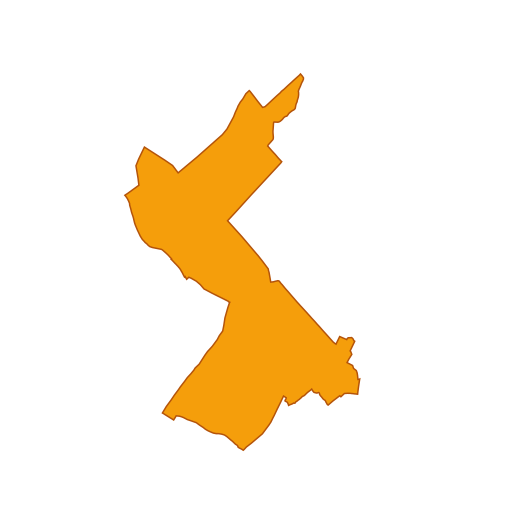 San Damián Texóloc, Tlaxcala, Mexico, rotated 21°
{"feature_id": "50627088B38103366804835", "entity_name": "San Damián Texóloc", "entity_type": "district", "adm_level": 2, "iso_a3": "MEX", "parent_name": "Mexico", "parent_adm1": "Tlaxcala", "projection": "orthographic", "projection_center": [-98.295, 19.291], "detail": "fine", "context": "isolated", "style": "filled", "palette": "amber", "viewbox_px": 512, "rotation_deg": 21, "n_neighbors": 0, "source": "geoboundaries", "source_scale": "gbopen_adm2", "svg_char_len": 5471}
<svg xmlns="http://www.w3.org/2000/svg" viewBox="0 0 512 512"><g transform="rotate(21 256 256)"><path d="M224.9,436.1L237.9,438.6L238.8,433.8L240.4,433.4L241.7,433.0L243.8,432.8L246.2,432.8L250.5,433.3L255.2,433.1L260.0,433.0L262.8,433.8L264.9,434.3L268.2,435.0L270.6,435.8L273.4,436.3L276.0,436.5L279.6,436.6L282.5,436.1L284.9,435.2L287.8,434.6L290.7,434.4L293.4,435.0L298.7,436.9L300.4,437.4L304.3,439.1L305.1,439.2L305.8,439.3L307.3,440.1L307.5,440.7L308.5,441.1L311.9,441.5L313.7,441.9L314.3,440.8L315.5,437.7L316.8,435.6L318.7,432.5L325.7,419.7L326.8,415.7L328.7,409.0L328.9,408.0L329.4,405.8L329.8,401.2L330.1,398.6L330.6,392.1L330.6,391.8L331.4,383.5L331.5,381.8L331.9,376.9L335.0,377.5L335.1,378.0L335.2,378.4L335.2,378.8L335.0,379.3L334.9,380.3L334.9,380.6L335.0,380.9L335.2,381.0L335.5,381.1L335.8,381.1L336.1,381.1L336.7,381.1L337.1,381.2L337.8,381.5L338.4,382.0L338.8,382.4L339.5,383.2L340.0,383.8L340.9,382.8L341.8,382.0L342.7,381.2L343.4,380.4L343.8,379.8L344.5,379.7L345.1,379.4L345.3,378.9L345.3,378.2L345.7,377.6L346.5,376.5L347.1,375.3L347.8,374.4L348.5,372.9L349.0,372.1L349.3,371.3L349.6,370.5L350.7,369.5L351.4,368.4L352.1,366.8L352.9,365.1L353.6,363.9L354.1,363.1L354.8,362.0L355.4,360.9L355.7,360.3L356.3,360.9L356.6,361.0L357.2,361.5L358.5,362.3L358.9,362.5L359.5,362.5L360.4,362.4L361.3,362.3L362.1,362.1L362.7,361.5L363.1,361.2L363.5,361.0L363.9,361.1L364.5,361.6L365.0,362.4L365.8,363.1L367.3,363.9L368.6,364.6L369.4,365.2L370.2,365.5L371.4,365.9L372.2,366.0L372.6,366.3L373.4,367.0L373.6,367.3L374.3,367.8L375.4,368.8L375.9,369.1L376.2,369.2L376.7,369.3L376.8,369.3L376.9,369.1L379.8,363.7L384.3,356.4L385.7,357.0L387.8,352.7L389.5,351.9L390.5,351.4L393.6,350.3L393.9,350.3L396.1,349.7L397.4,349.4L398.4,349.1L400.4,348.6L399.8,346.4L398.5,341.0L396.9,333.7L396.7,333.9L395.4,334.7L394.8,333.5L393.7,331.3L392.4,329.0L390.7,327.0L387.4,326.0L387.0,325.5L386.4,324.8L385.4,323.6L379.2,322.9L379.6,319.1L380.7,313.5L378.7,311.3L377.9,310.9L377.9,310.7L378.7,300.5L378.7,300.2L378.2,300.1L377.5,299.8L377.0,299.3L376.7,298.9L375.7,298.3L374.9,298.0L374.4,297.9L374.1,298.1L371.4,299.3L371.1,299.7L370.9,300.2L370.7,300.7L370.6,301.0L370.6,301.5L370.3,301.5L363.0,301.2L362.3,309.2L362.3,309.6L361.8,309.5L361.1,309.4L360.2,309.1L358.9,308.7L357.0,307.7L355.8,307.1L349.4,303.8L348.0,303.1L345.8,302.0L343.3,300.7L340.5,299.2L340.4,299.2L339.9,298.9L337.6,297.8L334.2,296.0L329.9,293.9L327.1,292.4L326.0,291.9L324.9,291.3L320.3,289.0L318.1,287.9L317.9,287.8L314.8,286.3L314.1,285.9L310.7,284.2L303.4,280.3L298.4,277.6L296.4,276.6L294.0,275.3L290.7,273.4L289.2,272.7L287.3,271.5L286.5,271.1L285.9,271.1L285.1,271.3L284.6,271.7L283.5,272.4L282.5,273.1L281.6,273.8L280.9,274.2L279.1,275.1L277.4,272.2L274.1,266.7L272.9,265.1L272.5,264.5L272.1,263.7L264.0,258.6L257.6,254.8L256.6,254.3L236.1,243.1L216.8,233.3L221.4,221.9L229.6,200.7L245.8,160.3L246.2,158.7L245.6,158.5L244.7,158.0L242.6,157.0L241.0,156.2L237.6,154.3L235.3,153.2L233.3,152.2L231.2,151.1L229.3,150.1L228.0,149.4L227.9,149.4L227.5,149.2L227.6,147.8L229.2,143.6L230.0,141.4L230.1,140.5L229.6,138.8L227.9,135.3L227.1,133.4L226.0,129.7L224.9,126.2L224.6,125.0L224.7,124.6L225.0,124.4L227.1,123.7L228.3,123.3L229.0,122.9L229.6,122.4L230.4,121.4L231.2,120.0L231.8,118.7L232.1,117.6L232.6,116.4L233.0,115.8L233.5,115.2L233.9,114.9L234.5,114.5L234.9,113.9L235.2,112.7L235.6,111.1L236.5,109.4L237.3,108.1L238.0,107.1L238.8,106.2L239.2,105.6L239.5,105.0L239.7,104.0L239.4,102.4L239.1,100.9L239.0,100.1L239.0,98.7L239.1,97.2L238.9,96.6L238.8,96.0L238.7,94.4L238.6,92.9L238.4,91.8L238.2,91.0L237.9,89.9L237.4,88.7L237.2,88.2L237.0,87.8L236.6,87.3L236.5,86.7L236.4,86.0L236.4,84.9L236.5,83.4L236.6,81.6L236.6,79.8L236.6,78.4L236.7,77.1L236.9,76.2L236.9,74.9L236.9,73.8L236.7,73.3L236.5,72.7L235.7,72.1L234.5,71.3L233.4,70.7L232.3,70.1L231.6,71.9L230.4,74.2L227.9,79.1L227.1,80.8L224.8,85.3L222.4,90.3L220.7,93.2L220.2,94.8L218.2,98.6L215.3,104.5L212.5,110.3L210.9,113.4L208.9,114.9L202.2,111.0L196.9,107.7L191.6,104.5L190.4,104.0L188.4,108.1L187.4,114.1L186.2,118.0L185.5,122.6L185.5,124.8L185.2,129.0L185.2,134.1L184.6,138.8L183.4,147.9L181.1,154.8L165.6,184.6L153.5,206.3L145.7,201.4L136.5,199.2L112.8,194.3L111.7,207.7L111.6,214.8L117.9,225.5L121.3,231.9L119.5,234.7L113.5,243.9L111.8,246.3L113.1,247.0L115.3,248.5L117.5,250.5L119.1,252.2L119.8,253.7L120.0,254.0L122.2,256.9L123.9,259.4L125.0,260.8L127.1,263.3L128.2,264.8L129.0,266.0L130.3,267.9L130.7,268.5L131.2,269.1L132.2,270.3L135.9,274.2L137.6,275.8L140.3,278.4L140.7,278.8L144.0,281.3L146.6,282.5L146.8,282.6L147.4,283.0L147.6,283.1L149.8,283.8L151.6,284.7L153.5,285.3L156.2,285.2L162.8,284.1L165.1,283.7L166.3,283.8L171.4,285.7L174.0,286.8L176.1,287.9L178.2,288.9L178.3,289.0L178.0,289.5L178.8,289.8L179.2,290.0L180.7,290.7L181.1,290.9L182.3,291.5L182.9,291.8L184.3,292.4L184.9,292.7L185.9,293.2L187.0,293.7L187.8,294.2L189.0,294.8L190.0,295.5L190.6,295.9L191.7,296.9L192.4,297.4L193.0,297.9L195.0,299.7L196.8,301.3L197.2,300.6L199.6,302.6L199.8,302.2L200.9,299.9L203.4,300.0L209.3,300.9L214.3,302.7L219.1,305.3L219.7,305.5L220.5,305.5L228.5,306.5L246.3,308.2L246.8,308.6L248.1,308.6L248.0,309.3L248.2,314.0L248.6,318.6L249.2,325.0L250.8,332.2L251.8,338.0L250.3,343.5L249.8,347.9L247.6,355.9L245.0,362.5L243.9,366.7L241.7,377.4L239.3,382.4L238.9,384.8L237.4,389.3L235.5,394.0L234.2,398.9L233.2,402.2L232.3,405.2L231.5,408.6L229.7,415.0L228.4,420.7L226.2,428.7L224.9,436.1Z" fill="#f59e0b" stroke="#b45309" stroke-width="1.5"/></g></svg>